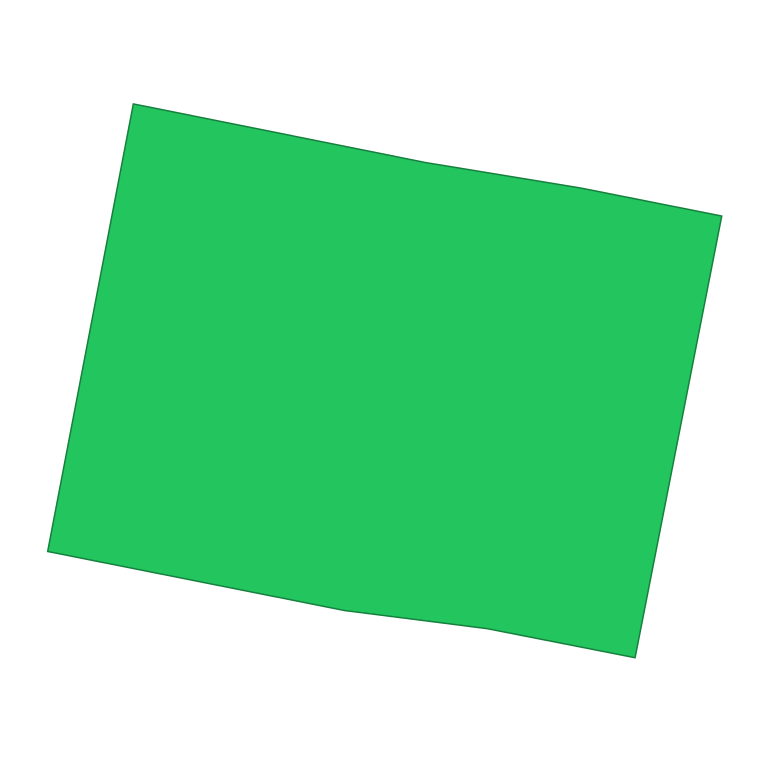 outline of Clarke, Iowa, United States of America, rotated 191°
{"feature_id": "52423323B49910355657657", "entity_name": "Clarke", "entity_type": "district", "adm_level": 2, "iso_a3": "USA", "parent_name": "United States of America", "parent_adm1": "Iowa", "projection": "mercator", "projection_center": [-93.837, 41.029], "detail": "fine", "context": "isolated", "style": "filled", "palette": "green", "viewbox_px": 768, "rotation_deg": 191, "n_neighbors": 0, "source": "geoboundaries", "source_scale": "gbopen_adm2", "svg_char_len": 276}
<svg xmlns="http://www.w3.org/2000/svg" viewBox="0 0 768 768"><g transform="rotate(191 384 384)"><path d="M84.5,613.3L228.0,613.9L385.7,609.3L683.5,611.1L682.2,155.4L379.4,154.1L236.1,163.5L85.3,163.2L84.5,613.3Z" fill="#22c55e" stroke="#15803d" stroke-width="1.5"/></g></svg>